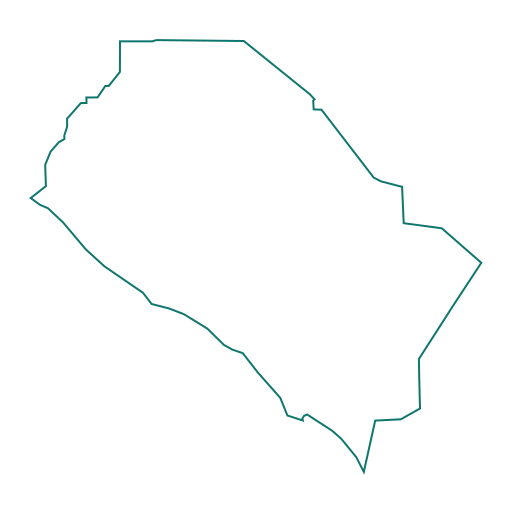 Orange, California, United States of America
{"feature_id": "52423323B24970459595653", "entity_name": "Orange", "entity_type": "district", "adm_level": 2, "iso_a3": "USA", "parent_name": "United States of America", "parent_adm1": "California", "projection": "mercator", "projection_center": [-117.816, 33.667], "detail": "fine", "context": "isolated", "style": "outline", "palette": "teal", "viewbox_px": 512, "rotation_deg": 0, "n_neighbors": 0, "source": "geoboundaries", "source_scale": "gbopen_adm2", "svg_char_len": 899}
<svg xmlns="http://www.w3.org/2000/svg" viewBox="0 0 512 512"><path d="M243.8,41.0L156.4,40.1L152.4,41.3L126.2,41.3L120.0,41.3L119.9,71.9L108.7,86.0L105.3,86.0L97.6,97.4L86.4,97.5L86.5,103.0L80.8,103.1L67.3,118.5L67.1,118.5L67.1,126.9L64.3,135.5L64.4,139.0L58.8,142.2L50.6,151.6L45.2,164.8L45.9,186.1L30.7,198.1L40.1,204.9L47.9,208.2L63.3,222.7L84.2,247.5L85.8,249.4L104.5,266.4L143.0,292.8L151.6,304.0L169.1,308.5L183.9,314.2L207.3,328.6L224.0,345.0L232.3,349.6L242.8,353.2L257.9,372.6L276.6,393.7L280.3,397.9L287.4,415.5L302.8,420.5L302.4,418.5L304.1,415.8L307.1,414.5L332.1,430.7L341.1,438.6L356.3,457.2L363.8,471.9L375.2,420.6L400.8,419.3L420.0,408.5L419.3,381.3L418.9,359.0L452.5,306.6L481.3,262.8L441.8,228.3L403.7,223.2L402.1,186.8L398.4,185.9L381.1,181.4L373.7,177.6L321.5,109.7L313.7,109.4L313.2,100.7L314.5,99.3L309.9,94.3L243.8,41.0Z" fill="none" stroke="#0f766e" stroke-width="2"/></svg>